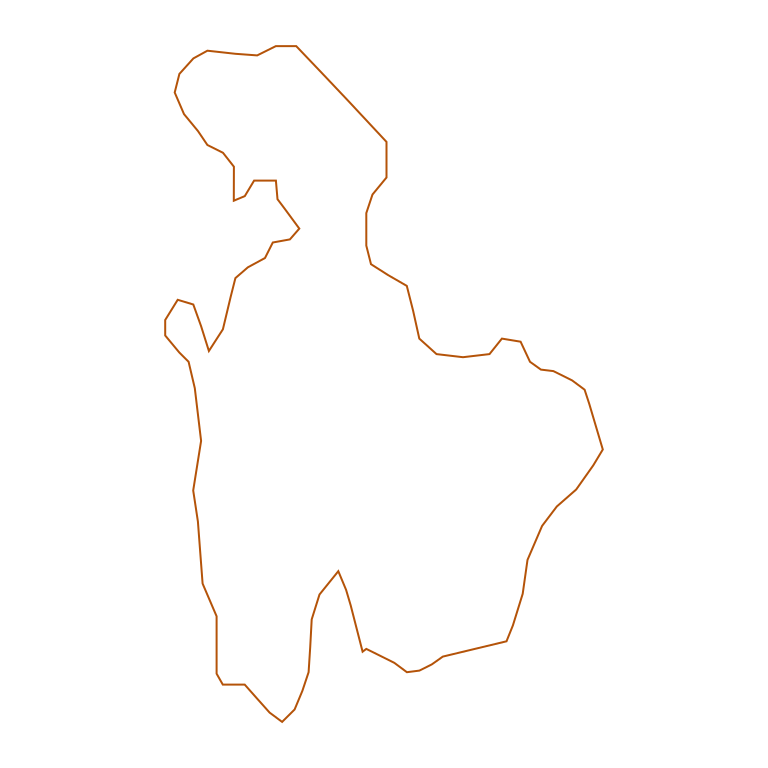 the district of Seosan-si, South Chungcheong, South Korea
{"feature_id": "91817680B60871253292980", "entity_name": "Seosan-si", "entity_type": "district", "adm_level": 2, "iso_a3": "KOR", "parent_name": "South Korea", "parent_adm1": "South Chungcheong", "projection": "natural_earth1", "projection_center": [126.456, 36.801], "detail": "fine", "context": "isolated", "style": "outline", "palette": "amber", "viewbox_px": 768, "rotation_deg": 0, "n_neighbors": 0, "source": "geoboundaries", "source_scale": "gbopen_adm2", "svg_char_len": 1330}
<svg xmlns="http://www.w3.org/2000/svg" viewBox="0 0 768 768"><path d="M602.8,449.5L589.2,403.7L584.6,389.7L572.1,380.4L553.4,371.1L540.9,369.6L530.0,361.8L520.6,341.7L501.9,338.6L489.5,354.1L463.0,357.2L436.5,354.1L419.3,338.6L413.1,310.7L406.8,285.9L388.1,275.1L371.0,264.2L366.3,245.6L366.3,213.1L372.5,194.5L386.5,177.5L386.5,146.6L386.5,141.9L347.6,100.2L322.7,73.9L296.2,46.1L275.9,46.1L257.2,55.4L235.4,53.8L207.4,50.7L193.4,58.4L179.4,73.9L174.7,92.5L184.0,114.1L198.0,131.1L207.4,145.0L223.0,152.8L233.9,166.7L233.8,200.7L244.8,196.1L254.1,180.6L275.9,180.6L277.5,199.2L282.2,205.4L286.8,211.6L299.3,228.6L289.9,239.4L272.8,242.5L265.0,258.0L247.9,267.3L235.4,278.1L230.7,296.7L222.9,329.3L208.9,351.0L201.1,326.2L193.3,304.5L177.7,299.8L165.2,320.0L165.2,335.5L179.3,352.5L188.6,361.8L194.8,388.2L201.1,440.9L193.2,490.5L195.0,502.3L197.9,521.5L202.6,583.6L216.6,616.3L216.6,647.3L216.6,673.7L222.8,684.6L244.7,684.6L257.1,698.6L269.6,712.6L282.1,721.9L294.6,709.5L302.4,690.8L308.6,672.2L310.2,647.3L311.7,619.4L319.5,594.5L338.3,571.2L346.1,589.9L350.7,605.4L362.6,651.7L366.3,648.9L378.8,655.1L394.4,662.9L406.9,672.2L419.4,670.6L431.8,664.4L442.8,656.6L506.5,641.3L512.9,625.4L522.7,593.8L527.5,559.9L542.1,525.9L556.8,506.5L576.2,489.5L593.3,465.3L602.8,449.5Z" fill="none" stroke="#b45309" stroke-width="2"/></svg>